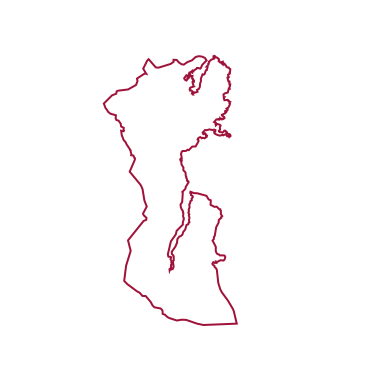 outline of Etne nor, Hordaland, Norway, rotated 139°
{"feature_id": "86288312B21434642963", "entity_name": "Etne nor", "entity_type": "district", "adm_level": 2, "iso_a3": "NOR", "parent_name": "Norway", "parent_adm1": "Hordaland", "projection": "mercator", "projection_center": [6.058, 59.799], "detail": "fine", "context": "isolated", "style": "outline", "palette": "rose", "viewbox_px": 384, "rotation_deg": 139, "n_neighbors": 0, "source": "geoboundaries", "source_scale": "gbopen_adm2", "svg_char_len": 6084}
<svg xmlns="http://www.w3.org/2000/svg" viewBox="0 0 384 384"><g transform="rotate(139 192 192)"><path d="M301.5,169.4L301.2,164.6L298.7,153.2L297.6,150.3L297.6,146.1L295.2,143.8L295.3,136.2L296.1,132.7L296.1,129.8L292.2,124.8L291.9,123.2L292.3,121.5L294.1,119.2L292.9,117.1L292.6,113.7L291.8,111.7L287.7,104.9L283.7,102.5L280.3,99.3L274.6,89.4L270.7,84.2L244.6,63.3L238.7,74.5L237.8,77.2L236.1,86.6L235.3,96.7L234.5,100.0L231.9,106.0L224.5,116.7L223.9,118.3L224.1,120.7L223.5,121.7L224.0,123.6L223.8,124.4L222.0,125.1L221.6,124.8L221.5,123.7L220.1,122.5L219.5,123.7L218.9,122.7L215.2,121.8L213.2,119.6L211.9,119.6L209.6,121.0L209.2,122.0L209.4,123.1L212.6,125.9L212.5,126.8L213.4,128.3L213.6,129.6L212.7,132.0L210.0,135.0L208.3,141.9L206.4,142.2L204.9,143.7L203.7,143.9L196.9,149.5L191.9,151.5L190.0,153.4L186.9,153.3L186.6,153.9L185.0,154.0L184.8,156.3L182.5,158.9L182.6,159.5L182.0,160.4L182.7,161.2L183.0,164.7L184.8,166.1L186.4,170.1L183.3,173.4L184.3,175.5L183.6,179.7L189.0,187.8L191.1,189.6L193.0,193.2L194.0,192.4L193.9,191.0L194.8,190.3L194.2,188.5L194.6,187.7L196.8,187.1L197.6,185.9L199.3,186.1L200.7,184.8L202.1,184.5L204.1,181.8L206.0,181.0L206.8,179.6L208.3,178.8L208.6,177.0L209.7,176.6L210.8,174.2L212.6,172.9L213.9,170.8L214.9,171.0L216.0,170.1L217.8,170.7L221.8,168.1L224.9,167.6L227.2,166.1L229.4,166.1L230.9,166.7L234.0,166.0L236.6,163.5L240.6,161.6L246.4,160.2L247.9,158.4L247.7,156.6L248.0,155.5L250.6,152.4L252.0,152.1L254.9,147.6L257.0,146.7L258.6,147.1L259.4,148.3L260.0,147.6L260.4,147.4L259.8,148.3L259.0,148.3L258.5,147.8L258.6,148.4L257.4,148.7L255.8,150.7L254.7,150.6L253.9,152.3L252.8,153.4L252.2,155.5L250.5,156.5L251.0,157.5L251.9,157.5L251.6,157.6L252.2,158.9L251.0,160.9L240.3,168.6L232.1,170.6L229.0,172.8L220.3,173.4L219.0,175.0L216.3,176.7L215.2,177.8L215.2,178.6L214.4,179.8L212.3,181.8L212.3,182.5L211.3,183.7L211.2,185.6L210.3,188.1L208.8,190.1L206.1,190.8L199.4,197.5L199.3,198.4L195.1,198.7L193.2,200.0L188.2,201.6L187.7,202.5L188.4,203.2L188.2,204.1L187.4,204.9L187.0,206.7L186.4,207.0L186.1,208.3L184.3,210.7L184.0,211.9L184.3,213.3L184.1,214.4L182.5,215.9L181.8,219.8L180.3,221.7L180.1,223.1L179.8,223.6L179.5,223.1L179.7,222.1L179.0,222.5L179.0,223.1L177.9,223.9L178.5,224.5L177.5,224.6L176.4,225.9L175.6,227.7L173.4,229.1L172.2,229.1L169.7,227.0L167.7,226.8L167.0,225.7L162.0,226.1L159.4,224.0L154.0,225.9L153.1,226.9L153.4,227.9L151.6,228.6L149.7,228.0L149.4,226.2L148.3,225.9L147.3,224.3L145.3,224.0L145.0,224.6L144.6,224.1L143.7,224.7L144.1,225.1L144.1,226.2L143.2,225.8L143.7,226.3L143.6,227.1L144.1,227.7L143.0,227.2L143.9,228.0L145.4,228.2L145.5,228.8L144.9,229.9L141.5,230.2L140.6,229.2L137.8,227.8L135.7,225.2L134.4,224.6L133.7,223.3L134.9,222.3L135.8,222.8L136.5,221.8L136.3,220.4L135.2,218.0L133.8,216.1L131.5,215.2L131.3,214.3L128.5,213.5L128.9,211.0L127.6,210.3L127.9,209.0L126.1,209.0L125.7,209.9L126.2,210.3L125.8,211.0L126.5,211.3L126.5,212.1L127.1,212.9L126.5,213.8L126.9,215.1L126.5,215.2L126.7,216.5L127.4,217.1L129.8,216.8L131.8,219.2L131.9,220.0L131.5,220.6L129.9,220.6L128.6,222.5L126.8,223.4L126.9,224.5L128.3,226.8L130.3,226.6L129.3,228.5L128.9,228.9L129.2,228.0L128.6,228.7L129.4,230.3L125.9,230.8L123.9,228.7L123.5,228.9L123.8,229.0L123.7,229.3L123.1,228.7L122.5,229.2L122.5,228.1L121.9,227.2L121.5,227.3L121.8,228.2L120.6,226.6L119.1,226.4L118.5,227.4L119.0,228.3L118.7,229.4L119.2,230.2L118.8,230.7L115.3,229.6L114.4,230.7L114.1,229.9L113.5,229.8L112.9,230.2L112.9,231.1L111.2,230.6L110.6,231.4L110.9,232.2L109.2,231.9L106.6,232.9L105.5,233.7L105.7,234.2L105.3,234.7L104.1,234.9L104.8,236.6L104.4,236.8L104.6,238.1L107.3,240.0L106.5,241.9L105.5,242.2L106.0,242.5L104.3,244.9L102.8,245.0L99.7,243.6L96.5,245.9L95.8,245.2L95.3,246.3L93.7,247.1L93.7,247.6L93.0,247.9L93.0,248.5L92.5,248.5L92.7,249.3L91.5,250.4L91.8,250.9L91.4,251.2L91.9,251.7L90.6,254.3L89.1,254.5L89.6,255.2L88.7,255.4L87.8,256.9L85.9,256.5L85.3,257.5L84.9,257.3L82.5,259.6L82.9,261.0L82.6,261.8L83.5,262.7L83.9,264.1L83.4,264.9L83.4,266.2L84.3,267.3L83.4,267.5L83.7,268.6L83.2,270.2L84.5,270.6L85.2,269.2L85.4,270.8L85.9,271.8L85.5,272.5L86.0,273.2L84.5,274.7L84.7,275.5L84.8,275.7L84.8,276.8L85.8,278.1L85.5,278.8L85.7,280.0L86.6,280.4L87.4,279.7L87.2,278.7L87.7,278.1L90.6,279.2L93.8,279.2L94.2,278.4L95.4,278.3L95.8,277.5L98.5,277.0L98.1,276.7L98.1,276.2L100.9,274.3L101.7,274.7L105.3,272.7L106.2,272.9L106.8,273.9L111.0,271.7L112.5,269.8L114.8,268.5L117.1,266.2L119.1,265.3L121.2,265.8L122.1,264.0L126.7,265.9L126.1,265.8L125.9,266.0L126.6,266.1L126.3,266.2L127.3,265.8L127.2,266.4L127.3,265.9L127.5,266.4L125.6,267.3L126.0,269.3L126.9,269.7L126.6,270.9L124.9,271.9L121.5,270.5L121.6,270.9L120.8,271.6L120.8,272.1L119.4,274.8L118.5,275.0L118.0,274.1L117.3,274.9L117.6,276.0L117.1,276.6L117.5,277.5L115.5,279.3L116.3,280.0L116.5,280.9L117.1,279.9L117.6,280.8L119.0,280.6L119.5,281.3L119.9,280.3L121.0,280.9L121.2,280.1L123.1,279.8L123.7,281.5L123.3,283.0L119.7,283.8L119.4,282.9L117.6,282.5L116.6,283.3L115.9,282.9L115.5,283.8L114.2,283.4L113.7,282.3L113.3,283.3L112.2,283.3L112.4,282.7L111.8,282.0L111.0,282.6L107.8,282.0L107.0,282.4L105.8,281.4L105.0,279.8L104.3,279.7L100.6,281.3L94.7,281.7L94.3,284.8L95.6,287.6L97.7,290.0L100.6,291.5L105.7,291.4L110.4,293.1L114.6,293.5L116.1,295.3L116.9,298.4L116.9,301.7L119.2,303.9L120.5,302.3L124.2,302.7L135.7,307.8L137.6,309.8L137.6,320.7L139.7,320.5L147.9,317.1L149.0,311.2L149.6,312.1L150.8,312.6L159.1,313.7L160.3,311.5L164.0,309.5L172.9,311.3L181.4,317.0L182.8,317.4L184.7,315.9L188.9,317.4L200.5,316.6L202.2,312.0L202.3,309.5L202.7,307.9L202.3,304.8L199.1,299.8L201.3,297.7L201.8,295.9L200.6,294.0L201.0,290.4L202.5,287.9L201.4,285.2L202.8,283.9L203.0,283.0L203.8,282.7L205.3,284.7L207.6,281.2L209.5,276.0L209.4,273.4L210.1,270.9L210.9,264.8L211.2,264.2L211.0,263.7L211.9,262.6L212.9,260.3L213.8,259.7L212.3,257.9L213.1,255.5L212.9,254.9L213.9,253.9L225.7,248.2L226.1,231.4L226.6,229.2L227.4,226.7L233.5,216.8L235.7,210.7L243.2,207.8L243.7,206.0L243.3,202.4L244.8,201.0L247.5,201.9L272.0,197.5L276.9,187.8L290.1,179.6L301.5,169.4Z" fill="none" stroke="#9f1239" stroke-width="2"/></g></svg>